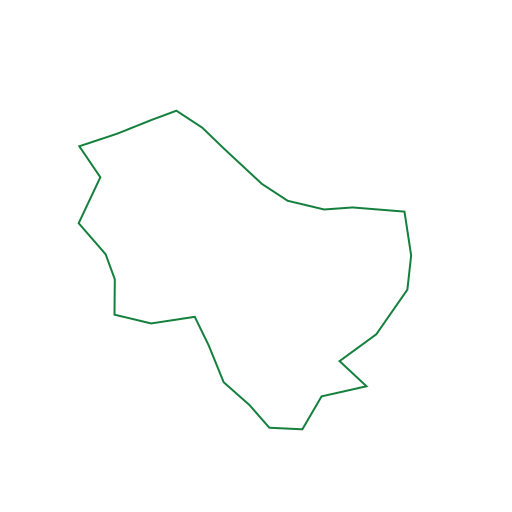 outline of Kanli, Cyprus, rotated 154°
{"feature_id": "46923920B42902060181801", "entity_name": "Kanli", "entity_type": "district", "adm_level": 2, "iso_a3": "CYP", "parent_name": "Cyprus", "parent_adm1": "", "projection": "mercator", "projection_center": [33.257, 35.232], "detail": "fine", "context": "isolated", "style": "outline", "palette": "green", "viewbox_px": 512, "rotation_deg": 154, "n_neighbors": 0, "source": "geoboundaries", "source_scale": "gbopen_adm2", "svg_char_len": 523}
<svg xmlns="http://www.w3.org/2000/svg" viewBox="0 0 512 512"><g transform="rotate(154 256 256)"><path d="M366.7,432.1L361.4,395.0L401.0,363.2L390.4,323.5L393.1,297.0L408.9,265.3L379.9,241.4L337.7,228.2L337.7,196.4L340.4,156.7L327.2,124.9L319.3,95.8L290.3,79.9L258.6,101.1L213.8,90.5L227.0,124.9L182.2,132.9L134.7,159.4L116.3,188.5L103.1,230.8L147.9,257.3L174.3,267.9L203.3,291.7L219.1,318.2L237.5,365.9L248.1,395.0L263.9,421.5L290.3,424.1L327.2,426.8L366.7,432.1Z" fill="none" stroke="#15803d" stroke-width="2"/></g></svg>